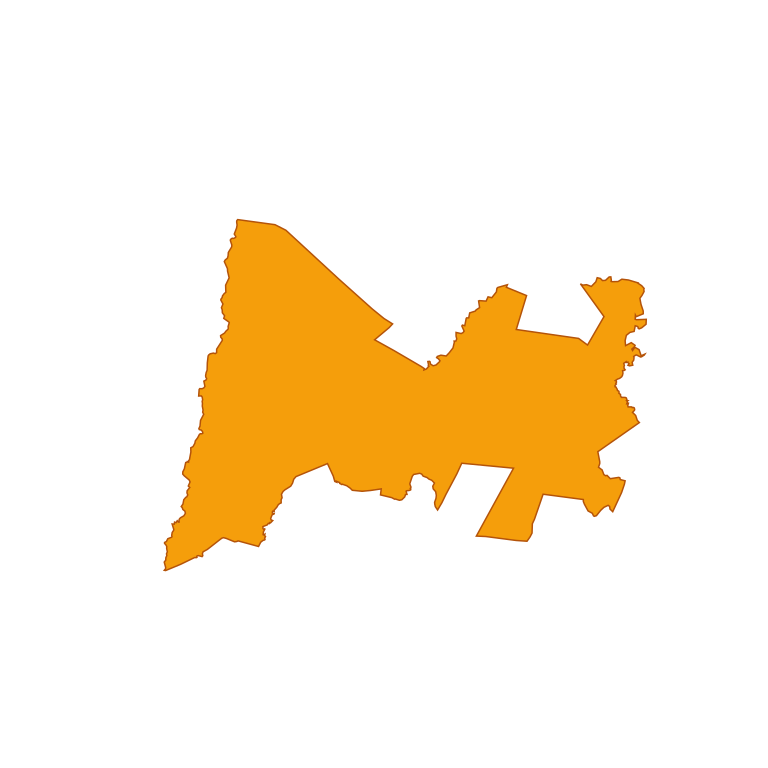 the district of Cosolapa, Veracruz, Mexico, rotated 246°
{"feature_id": "50627088B71851344630431", "entity_name": "Cosolapa", "entity_type": "district", "adm_level": 2, "iso_a3": "MEX", "parent_name": "Mexico", "parent_adm1": "Veracruz", "projection": "mercator", "projection_center": [-96.661, 18.58], "detail": "fine", "context": "isolated", "style": "filled", "palette": "amber", "viewbox_px": 768, "rotation_deg": 246, "n_neighbors": 0, "source": "geoboundaries", "source_scale": "gbopen_adm2", "svg_char_len": 6171}
<svg xmlns="http://www.w3.org/2000/svg" viewBox="0 0 768 768"><g transform="rotate(246 384 384)"><path d="M593.7,317.2L593.1,316.0L592.0,315.3L588.9,314.4L586.4,312.7L581.9,308.2L579.0,308.6L578.3,308.1L578.1,306.0L578.9,304.6L578.5,302.6L577.6,302.0L572.8,301.5L571.2,300.6L567.5,295.3L564.5,293.7L562.6,292.1L561.9,289.4L560.8,287.9L553.0,287.9L550.8,287.0L544.0,285.7L538.7,279.5L532.1,276.8L531.6,274.8L530.2,272.3L528.8,271.3L527.8,269.5L527.1,269.1L522.6,269.4L519.8,266.5L517.7,266.4L514.8,265.3L511.2,266.1L509.1,264.3L503.9,267.4L503.0,267.6L500.0,265.0L498.2,264.4L497.5,263.8L496.5,260.9L495.4,259.1L494.7,254.4L493.2,253.9L490.9,254.5L489.6,254.0L483.9,245.3L480.7,243.8L480.4,242.2L481.6,240.8L482.3,237.5L481.8,235.6L481.1,234.7L475.2,231.2L468.5,228.0L466.9,226.3L464.3,224.5L462.9,224.0L461.2,224.2L460.7,223.9L460.0,222.8L459.9,220.6L454.6,219.4L453.7,217.7L453.7,215.9L454.7,213.8L454.2,212.9L448.4,209.8L447.4,212.3L446.0,212.6L443.3,211.9L442.1,210.8L440.2,210.3L437.7,209.0L433.8,208.1L432.0,206.9L429.7,207.0L425.4,201.6L420.4,198.8L418.5,196.7L417.5,196.7L416.2,198.3L415.0,198.7L413.8,198.8L412.6,198.3L412.7,197.1L413.3,196.0L413.0,194.8L410.6,191.8L408.8,188.5L406.8,187.1L404.5,184.1L404.3,181.5L400.4,179.9L394.0,175.5L393.5,174.5L392.1,173.7L393.2,172.8L392.7,172.3L392.9,170.9L387.7,167.1L385.6,164.5L383.6,163.5L381.5,164.1L375.5,167.0L373.4,167.0L370.4,163.7L368.5,164.5L366.5,160.7L364.6,159.7L362.5,159.6L361.1,157.9L361.1,156.8L359.7,154.0L356.1,151.5L354.5,148.9L353.1,149.4L351.2,149.2L348.9,150.4L346.7,150.0L345.0,147.6L344.6,143.7L344.0,142.3L343.2,141.5L341.2,140.7L341.4,140.1L343.2,139.5L341.9,137.7L343.0,136.5L341.3,135.4L342.3,133.5L336.7,132.8L335.9,132.3L334.5,130.1L332.1,128.5L330.7,128.2L330.4,127.6L330.6,123.6L328.6,121.1L328.5,119.1L327.7,118.7L325.3,119.4L323.8,119.4L322.3,118.6L318.8,117.8L317.3,116.2L315.7,115.9L314.1,114.1L311.9,113.0L310.7,110.8L305.1,109.9L304.0,109.2L303.2,107.5L302.4,108.6L302.0,125.1L302.5,140.4L301.7,141.9L301.7,142.6L302.7,142.8L303.0,143.5L302.7,144.7L300.3,147.6L300.8,148.6L302.9,149.1L304.3,150.5L304.7,155.3L308.8,171.7L309.1,173.4L308.9,174.9L307.0,177.2L300.6,183.3L300.0,185.4L300.0,186.9L286.6,203.3L289.6,207.0L290.3,209.7L290.1,211.6L290.4,212.1L291.8,212.3L292.8,213.7L294.2,213.3L295.3,214.1L295.1,212.7L295.5,212.3L298.0,213.7L299.9,216.1L300.2,216.1L300.3,214.9L301.1,214.6L303.0,215.4L302.8,220.1L303.7,221.5L303.1,222.5L303.9,223.1L303.3,223.8L304.5,226.8L305.8,225.6L307.3,225.8L310.0,228.6L310.0,230.7L310.5,231.1L310.8,230.1L311.5,229.5L312.7,230.1L313.1,230.6L312.4,231.9L313.4,232.3L315.0,235.9L316.6,238.1L317.2,239.9L317.2,241.7L320.2,243.0L321.5,244.6L325.0,245.5L326.9,248.1L327.6,250.3L328.6,257.2L330.6,260.1L333.7,262.8L335.2,265.9L334.3,300.0L320.5,300.2L315.0,299.4L313.5,300.8L314.5,301.0L311.9,303.4L311.2,303.1L309.3,304.6L309.4,305.2L306.2,308.6L302.7,310.7L299.8,311.8L294.9,320.4L292.2,328.4L289.3,338.8L284.1,335.7L277.0,344.9L274.5,346.8L274.3,347.6L271.5,350.8L271.0,353.2L272.4,357.0L274.3,358.7L273.8,360.1L277.1,360.6L277.3,361.2L276.5,363.6L276.4,365.2L277.2,365.8L277.9,365.5L278.8,366.7L282.3,366.9L288.2,372.3L289.3,374.3L287.9,380.3L286.4,381.8L283.9,382.3L281.0,385.3L278.8,386.4L276.7,388.4L273.0,389.8L270.8,387.0L268.2,386.3L264.6,387.4L261.0,386.5L258.4,385.0L255.3,382.1L253.6,381.5L251.1,381.0L247.1,381.7L252.0,388.6L257.9,395.6L272.2,413.9L280.0,422.8L254.4,468.1L207.5,406.5L203.3,414.9L187.3,441.1L182.2,450.7L184.9,455.2L187.6,458.6L196.0,462.7L199.3,466.5L218.6,484.5L197.4,519.1L195.5,518.3L192.6,518.2L185.0,518.8L181.2,521.7L178.3,521.8L177.6,522.3L177.3,524.5L180.4,530.5L181.9,534.8L182.0,539.4L180.4,540.3L177.7,539.6L174.3,541.0L188.2,556.9L194.7,562.9L197.5,564.9L200.6,561.0L202.4,561.3L203.2,560.5L205.5,552.2L209.8,550.6L210.1,549.1L211.8,548.0L216.8,548.3L220.7,546.1L223.5,548.7L225.3,549.5L235.2,551.8L244.9,601.6L247.8,600.6L252.9,601.1L257.0,599.5L258.1,602.1L258.9,602.7L260.4,602.9L261.2,602.2L261.5,601.1L262.3,601.0L263.8,597.7L265.4,598.0L266.8,599.3L267.2,597.7L267.8,598.2L267.9,599.1L269.4,599.0L269.6,600.0L270.4,598.9L270.8,599.5L272.7,599.7L273.7,598.8L275.2,595.5L276.7,595.2L278.3,595.8L280.0,594.8L281.0,595.5L282.1,595.5L283.1,594.6L284.2,594.9L287.1,594.6L287.4,594.0L288.6,594.3L289.5,596.2L290.2,595.9L291.2,597.2L292.3,597.4L293.0,596.7L293.5,599.3L293.3,601.5L293.9,604.0L294.8,605.3L296.7,606.7L299.2,607.4L298.7,608.8L298.9,610.1L300.6,609.7L302.4,610.3L303.0,611.1L305.4,611.4L305.9,614.3L305.1,614.1L304.8,615.7L304.3,615.5L302.8,616.2L301.9,614.5L300.7,615.7L300.0,618.9L302.9,619.5L304.2,621.8L306.3,623.1L307.6,623.3L308.0,625.5L307.8,626.5L304.3,629.4L304.1,630.4L304.6,633.6L305.2,634.5L305.2,630.4L311.7,631.0L315.5,628.1L313.5,624.7L315.1,624.6L316.0,627.6L317.2,629.1L321.2,626.7L320.8,620.3L325.5,621.9L329.9,625.2L331.1,629.7L330.3,633.9L335.0,637.2L333.8,638.7L332.5,639.3L331.5,638.9L330.6,639.5L330.5,642.2L332.0,647.7L336.4,649.9L340.0,640.9L341.0,639.8L344.7,641.7L342.9,641.8L342.7,649.4L345.3,650.5L352.3,651.2L358.2,652.6L360.0,655.7L362.7,659.2L364.7,659.8L365.5,660.5L369.0,659.4L372.8,657.0L373.0,657.3L379.6,649.6L383.0,643.9L382.4,639.5L384.6,634.2L385.3,633.2L386.4,633.9L389.6,634.8L390.2,633.2L388.6,628.5L389.6,625.7L392.4,624.6L394.4,622.0L391.2,619.1L388.8,613.1L392.3,609.5L393.5,605.8L395.6,604.2L356.1,612.4L336.8,585.8L346.5,580.3L380.0,527.0L406.8,550.2L422.6,535.1L424.5,537.1L425.9,527.3L425.5,526.1L422.4,524.1L419.0,517.6L421.3,514.5L418.2,511.0L421.3,505.2L421.4,504.2L414.9,502.4L414.2,498.2L413.5,497.0L414.1,491.2L410.0,488.3L410.8,486.3L410.4,485.7L404.4,481.5L405.9,479.6L405.3,478.7L399.7,478.7L398.8,477.1L398.7,475.0L401.8,470.8L398.4,469.3L395.6,468.8L394.0,467.1L394.7,465.5L393.5,465.2L388.9,461.7L386.0,456.3L384.3,452.2L387.2,447.7L387.5,443.9L386.7,442.8L385.0,443.9L382.5,444.6L381.8,443.8L380.2,439.2L380.7,436.3L383.3,434.6L385.7,435.1L386.2,434.8L386.7,433.2L383.5,432.5L382.7,431.9L382.0,432.2L380.5,428.9L380.6,426.2L381.7,427.1L384.9,425.1L410.5,406.7L428.2,393.4L433.4,411.6L435.4,416.3L443.7,410.7L457.3,403.8L498.7,385.2L564.4,356.9L573.9,349.2L593.7,317.2Z" fill="#f59e0b" stroke="#b45309" stroke-width="1.5"/></g></svg>